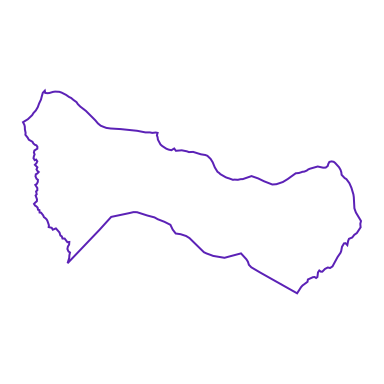 outline of São João do Araguaia, Pará, Brazil
{"feature_id": "56859067B47376797369085", "entity_name": "São João do Araguaia", "entity_type": "district", "adm_level": 2, "iso_a3": "BRA", "parent_name": "Brazil", "parent_adm1": "Pará", "projection": "equal_earth", "projection_center": [-48.731, -5.441], "detail": "fine", "context": "isolated", "style": "outline", "palette": "violet", "viewbox_px": 384, "rotation_deg": 0, "n_neighbors": 0, "source": "geoboundaries", "source_scale": "gbopen_adm2", "svg_char_len": 3029}
<svg xmlns="http://www.w3.org/2000/svg" viewBox="0 0 384 384"><path d="M44.8,90.7L42.8,92.8L41.7,96.7L41.0,99.5L39.1,103.5L37.8,107.1L35.8,110.5L33.4,113.1L32.2,115.1L27.9,119.2L23.0,122.2L24.4,124.9L24.8,126.7L24.9,129.4L25.6,132.9L25.4,134.8L27.7,137.7L28.8,139.7L32.5,141.8L33.3,143.4L34.9,144.8L36.4,145.3L37.4,146.8L37.3,148.7L34.4,150.5L33.9,152.5L34.6,154.4L33.9,156.2L33.5,158.2L34.7,160.2L36.1,159.6L37.3,161.3L36.4,163.2L34.9,164.8L37.4,167.3L36.5,169.4L37.4,170.9L38.7,172.0L37.3,173.5L35.8,174.3L35.5,176.4L36.5,178.7L37.9,179.8L37.8,181.9L36.8,183.9L35.3,184.9L37.3,188.0L37.3,190.3L36.1,191.4L36.7,194.3L35.6,195.5L37.0,199.3L36.8,201.3L35.4,202.4L34.0,203.9L35.0,205.5L36.4,206.4L37.6,207.6L38.0,209.7L39.4,210.1L39.6,212.5L41.1,212.7L43.2,215.4L43.9,217.1L45.4,218.2L46.7,219.5L47.5,221.1L48.9,225.2L48.7,227.1L51.7,227.8L52.8,229.7L55.9,228.4L59.5,232.5L60.4,235.5L61.8,236.4L62.5,238.5L64.6,238.5L67.4,242.2L69.3,242.0L69.1,244.6L67.9,246.5L67.4,249.0L68.5,251.5L70.0,252.5L69.4,255.2L69.2,258.0L67.6,263.2L99.5,229.8L111.2,216.9L112.6,216.6L129.3,213.1L133.5,212.1L137.0,212.2L147.3,215.5L154.5,217.4L157.7,219.2L164.4,221.8L170.4,224.8L172.7,229.6L175.7,233.5L180.6,234.2L186.1,236.0L189.5,238.1L203.9,252.2L206.4,253.4L210.8,255.0L213.1,255.9L224.5,257.8L230.4,256.2L241.0,253.4L246.4,259.3L247.9,261.7L248.9,264.8L251.3,267.3L260.3,272.6L262.6,273.9L297.1,293.3L300.0,288.8L301.0,287.2L302.5,285.5L307.5,281.8L307.9,279.5L312.9,277.2L314.6,277.0L316.1,278.0L317.4,277.0L318.0,272.4L319.3,270.5L320.9,271.7L322.3,271.7L325.0,268.9L327.8,267.5L330.1,268.0L332.5,266.4L337.6,257.0L340.5,252.8L341.2,251.0L342.0,246.8L344.0,243.4L345.5,243.2L347.3,245.1L348.2,240.7L349.0,238.8L352.2,237.5L354.3,234.8L356.8,233.1L360.6,227.3L360.3,223.8L361.0,221.0L359.2,218.0L355.9,212.5L355.2,210.6L354.4,208.3L353.8,197.2L353.4,194.4L352.2,190.4L351.5,188.0L350.2,185.0L349.4,183.2L346.4,179.1L344.7,178.1L343.0,176.3L341.6,174.8L341.3,172.2L340.5,169.8L339.0,167.2L335.1,162.9L333.7,161.8L331.6,161.4L329.4,161.9L328.4,163.7L327.7,166.0L325.7,167.6L323.2,167.7L317.7,166.5L310.0,168.7L308.3,169.4L306.7,170.6L304.3,171.6L302.4,171.8L301.1,172.3L298.9,173.0L295.7,173.3L293.5,174.9L290.4,177.1L287.8,179.0L282.9,182.0L276.4,184.2L272.3,184.5L264.1,181.3L258.1,178.4L251.5,176.1L242.8,179.1L240.5,179.2L237.9,179.8L234.5,179.6L232.9,179.8L229.1,178.4L227.4,177.9L225.8,177.3L220.4,174.2L219.2,173.0L217.5,171.8L214.8,167.4L212.7,162.3L210.6,158.9L207.4,155.8L205.3,155.0L200.9,154.3L193.1,151.9L189.0,152.1L186.8,151.3L181.7,150.3L175.9,150.8L174.2,148.5L171.4,150.2L168.6,149.6L166.3,148.7L162.2,146.0L160.5,144.5L157.9,139.6L157.6,137.3L156.9,135.3L157.6,132.9L155.8,132.5L152.3,132.9L149.9,132.4L145.4,132.4L137.2,130.8L120.7,129.1L110.6,128.5L106.3,127.9L103.4,126.8L100.7,125.7L97.9,123.4L95.3,120.3L85.9,110.9L80.3,106.6L77.8,104.1L76.5,102.1L73.4,99.9L71.2,98.0L69.1,97.0L66.1,94.9L61.6,92.6L59.3,91.8L55.1,91.6L53.0,91.9L49.4,93.0L47.4,93.2L45.2,92.9L44.8,90.7Z" fill="none" stroke="#5b21b6" stroke-width="2"/></svg>